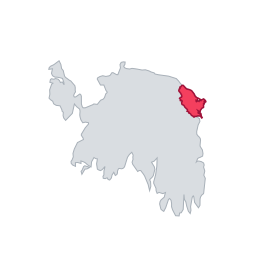 Ireland, with Wexford highlighted, rotated 292°
{"feature_id": "IRL-718", "entity_name": "Wexford", "entity_type": "County", "adm_level": 1, "iso_a3": "IRL", "parent_name": "Ireland", "parent_adm1": "", "projection": "mercator", "projection_center": [-6.603, 52.458], "detail": "fine", "context": "in_parent", "style": "filled", "palette": "rose", "viewbox_px": 256, "rotation_deg": 292, "n_neighbors": 0, "source": "natural_earth", "source_scale": "10m", "svg_char_len": 6292}
<svg xmlns="http://www.w3.org/2000/svg" viewBox="0 0 256 256"><g transform="rotate(292 128 128)"><path d="M157.0,46.4L152.4,49.7L151.6,50.9L150.3,55.9L150.2,57.3L147.3,62.9L145.6,64.0L143.2,64.9L141.8,65.8L140.0,65.4L137.8,65.4L136.7,66.4L136.8,67.2L137.4,68.0L141.5,70.6L141.3,71.6L140.1,72.8L132.8,75.8L130.6,77.6L129.9,78.8L130.7,80.8L136.5,86.7L137.5,87.3L138.4,90.7L143.5,92.2L145.6,94.3L147.5,94.8L151.4,94.6L153.0,95.4L153.9,94.8L154.4,93.7L158.8,89.5L157.5,86.4L161.9,81.1L163.2,81.1L165.3,82.8L167.0,85.0L167.5,88.1L169.2,90.8L170.2,91.7L173.1,92.3L173.7,93.3L173.2,97.3L173.6,98.6L180.9,98.5L183.8,96.8L186.3,97.1L187.5,98.8L188.1,100.6L185.9,101.3L183.7,100.9L182.6,102.1L182.5,104.4L183.3,107.4L184.8,109.4L186.0,114.1L187.0,119.3L188.5,122.4L188.8,126.3L188.6,128.2L188.9,131.6L188.2,132.8L188.7,136.0L191.3,146.3L191.9,154.3L190.6,157.2L188.8,160.1L187.7,163.4L186.8,167.0L186.3,172.8L182.6,179.6L181.0,181.3L179.1,182.3L183.1,187.0L179.8,189.1L176.2,189.8L172.3,188.6L169.8,188.8L166.6,191.2L165.9,190.8L164.4,186.9L163.3,190.9L161.0,192.2L157.1,191.9L150.5,193.0L148.0,194.1L146.9,195.9L146.1,197.9L145.1,199.1L143.9,199.8L138.9,201.3L137.9,201.9L135.5,205.2L132.4,207.1L129.9,207.7L127.6,205.7L126.7,204.6L125.6,204.0L122.1,204.1L123.2,204.7L123.9,206.0L124.3,208.6L123.9,211.2L122.2,212.5L120.1,212.7L116.9,215.3L112.6,216.0L110.3,218.5L96.2,222.5L95.4,222.6L93.4,221.5L91.3,221.1L89.2,221.4L83.3,223.7L80.4,223.2L84.0,217.6L89.0,214.7L89.5,213.9L87.9,213.5L78.5,215.5L75.3,217.2L72.0,217.7L73.5,215.1L77.7,211.6L81.3,209.2L82.9,207.1L87.3,204.8L73.1,209.7L69.4,209.1L68.5,207.7L65.6,208.3L64.5,205.0L68.8,200.0L71.3,197.9L74.3,196.7L77.1,195.0L78.2,193.0L76.9,192.3L68.3,192.8L64.1,192.4L64.4,190.7L65.1,188.9L69.4,185.8L71.7,185.3L73.8,185.6L77.4,187.5L82.2,186.9L80.2,184.9L79.9,180.9L78.3,179.5L80.3,177.6L82.6,176.5L86.3,172.6L87.7,172.0L95.1,171.1L103.2,169.1L111.2,166.2L107.1,164.7L105.1,162.6L102.0,166.8L99.7,168.4L93.3,169.3L91.3,168.8L88.4,167.5L87.5,168.0L86.7,169.0L82.5,171.0L78.0,171.5L83.2,167.8L89.8,161.3L91.2,159.3L93.3,155.8L92.7,154.2L91.3,153.3L96.1,146.0L97.8,144.6L100.8,144.4L103.0,143.3L104.0,143.2L104.9,142.8L106.9,140.6L103.9,139.2L100.7,138.5L91.1,139.3L89.8,139.1L88.6,138.4L87.8,137.4L87.2,134.9L86.5,134.4L84.3,134.4L82.2,135.1L80.7,135.1L79.2,134.0L81.6,131.4L78.5,130.8L75.4,131.3L72.9,130.5L72.8,128.9L74.0,127.3L72.5,125.8L72.1,123.9L73.8,122.9L75.5,123.2L79.1,121.8L83.7,121.1L79.8,119.7L78.2,118.5L78.1,116.6L78.4,115.0L83.0,112.3L87.9,111.2L87.5,109.4L87.9,107.5L83.0,106.9L78.1,108.3L78.6,104.6L79.8,101.3L80.0,99.1L79.8,96.7L77.5,97.7L77.2,94.4L76.2,92.2L72.8,93.7L72.9,90.7L73.9,88.6L75.7,87.7L77.4,88.1L80.7,88.1L83.8,86.5L88.4,86.1L95.6,86.6L100.6,91.0L101.8,90.2L103.8,87.4L104.8,87.1L112.3,88.3L116.9,89.9L118.1,89.4L117.5,86.3L115.9,84.1L117.9,81.3L120.3,79.4L122.0,78.4L125.7,77.2L127.4,76.1L128.5,72.4L130.2,69.3L120.7,70.9L111.7,67.3L113.2,64.7L115.1,63.2L118.4,62.1L118.7,60.8L120.3,59.7L123.1,56.7L122.1,52.9L122.6,50.0L124.6,48.2L125.2,45.5L126.1,43.6L130.1,42.9L133.9,41.1L139.9,40.8L141.4,41.6L141.1,38.4L143.9,37.9L145.0,38.6L145.4,40.9L146.7,42.3L147.1,44.8L146.2,46.8L144.8,48.3L146.1,49.8L144.1,52.6L146.3,51.4L149.4,48.7L149.2,46.5L148.7,43.7L147.8,41.2L148.2,38.4L150.0,36.6L154.6,35.8L152.7,32.6L154.3,32.3L156.2,33.0L158.8,35.4L164.5,38.9L161.7,42.0L158.3,44.1L157.0,46.4ZM77.1,105.8L77.0,107.2L74.8,105.4L73.7,103.5L67.8,102.6L70.3,100.7L71.5,101.2L75.7,101.3L76.8,102.1L77.1,105.8Z" fill="#d9dde1" stroke="#a8b0b8" stroke-width="1"/><path d="M188.2,163.2L187.7,164.4L186.4,166.9L186.2,167.8L186.2,168.5L186.5,169.9L186.6,170.6L186.5,172.7L186.2,173.5L184.4,176.5L183.9,177.1L183.4,177.4L182.9,178.0L182.2,179.3L182.0,180.0L181.9,180.9L182.0,181.7L181.9,182.4L181.7,182.0L181.5,181.8L181.2,181.7L179.5,181.8L178.9,181.6L179.1,180.8L178.8,180.9L178.6,181.0L178.4,181.2L178.1,181.4L178.1,181.7L178.6,181.9L179.0,182.2L179.3,182.8L179.5,183.4L179.3,183.9L180.3,184.1L180.5,184.5L180.7,185.0L181.0,184.6L181.7,183.4L181.7,183.7L181.3,184.7L181.8,185.8L183.3,187.3L182.5,189.4L182.1,189.9L181.8,190.2L181.6,190.3L181.3,190.3L181.0,190.0L181.0,189.7L181.5,188.9L181.5,188.7L181.1,188.7L181.0,188.8L180.7,189.1L180.3,189.4L180.3,189.5L180.2,189.6L178.9,189.6L178.9,189.3L179.5,189.3L179.1,188.9L178.8,188.9L178.3,189.3L176.9,189.6L175.7,190.3L175.2,190.2L174.4,189.4L173.9,189.1L171.7,188.5L169.6,188.8L169.1,188.7L169.1,188.3L169.5,188.1L169.9,187.7L170.2,187.1L170.3,186.3L169.9,186.8L169.5,187.3L168.9,187.6L168.3,187.3L168.1,187.6L168.1,188.0L168.2,188.3L168.1,188.7L168.4,188.4L168.5,188.3L168.6,189.0L168.5,189.3L168.3,189.6L168.5,189.6L168.7,189.9L168.6,190.0L168.4,189.9L168.5,190.3L166.4,191.6L166.1,191.9L165.8,192.5L165.4,192.9L164.9,192.6L165.2,192.0L165.5,191.7L165.9,191.4L166.2,191.1L166.2,190.6L165.7,188.7L165.5,188.3L165.2,187.9L164.9,187.5L164.6,187.3L164.3,187.0L163.8,185.5L163.5,185.0L163.5,185.6L163.4,185.5L163.1,185.4L162.9,185.2L162.8,184.8L162.9,184.5L163.3,183.7L163.4,183.3L163.5,182.9L163.5,182.6L163.4,182.4L163.5,182.1L163.6,181.9L164.2,181.2L164.3,181.0L164.6,180.5L164.6,180.2L164.7,179.9L164.7,179.4L164.7,178.8L164.7,178.7L164.9,178.6L165.0,178.6L165.3,178.7L165.5,178.5L165.6,178.1L165.7,177.4L165.6,176.5L166.8,176.5L167.0,176.4L167.4,176.1L167.5,175.9L167.6,175.3L167.7,175.0L168.2,174.0L168.3,173.7L168.4,173.4L168.5,173.1L169.7,171.6L169.9,171.2L170.0,170.8L170.0,169.5L170.2,169.2L170.4,168.9L171.2,168.4L171.6,168.2L171.9,168.1L172.4,168.3L172.6,168.3L172.8,168.3L173.0,168.2L173.3,168.0L173.6,167.6L173.7,167.4L173.7,167.2L173.3,167.0L173.1,166.9L173.0,166.6L173.0,166.4L173.0,166.2L173.7,166.1L174.1,165.8L174.8,164.7L175.9,165.1L176.2,165.4L176.3,165.6L176.5,166.0L176.9,166.1L177.1,166.1L177.3,166.1L178.4,165.5L178.6,165.4L178.8,165.2L178.9,164.9L179.0,164.7L179.6,164.2L179.8,164.1L180.0,163.7L180.2,163.2L180.3,163.1L180.4,162.9L180.5,162.8L180.6,162.7L180.8,162.4L180.8,162.2L181.0,161.7L181.4,161.3L181.7,161.2L181.9,161.0L183.2,160.9L183.4,160.9L183.6,161.0L183.8,161.3L184.1,161.4L184.3,161.3L184.6,161.2L184.9,160.9L185.2,160.8L185.4,160.8L185.6,160.9L185.7,161.0L185.8,161.3L185.9,161.5L186.0,161.6L187.0,161.7L187.2,161.8L187.6,162.0L187.8,162.2L187.8,162.3L188.0,162.6L188.1,163.1L188.2,163.2Z" fill="#f43f5e" stroke="#9f1239" stroke-width="1.5"/></g></svg>